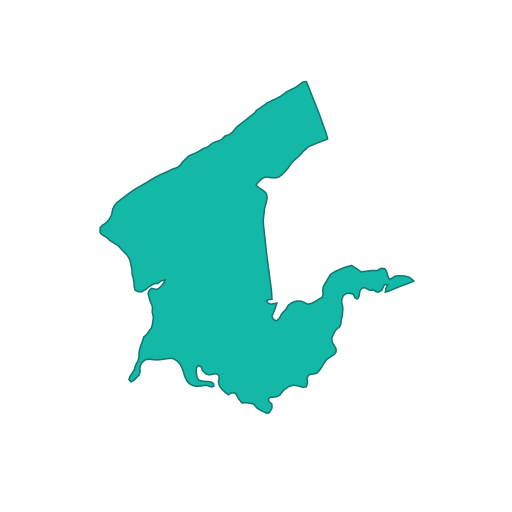 outline of Likoni, Coast, Kenya, rotated 213°
{"feature_id": "3690345B67191049823154", "entity_name": "Likoni", "entity_type": "district", "adm_level": 2, "iso_a3": "KEN", "parent_name": "Kenya", "parent_adm1": "Coast", "projection": "robinson", "projection_center": [39.624, -4.1], "detail": "fine", "context": "isolated", "style": "filled", "palette": "teal", "viewbox_px": 512, "rotation_deg": 213, "n_neighbors": 0, "source": "geoboundaries", "source_scale": "gbopen_adm2", "svg_char_len": 5068}
<svg xmlns="http://www.w3.org/2000/svg" viewBox="0 0 512 512"><g transform="rotate(213 256 256)"><path d="M308.8,429.7L311.3,427.6L312.6,424.3L314.1,420.2L316.1,416.6L317.7,413.9L319.9,410.1L320.9,407.1L321.8,404.5L323.4,401.5L325.2,398.2L327.2,395.5L328.3,393.1L330.1,390.6L330.9,387.7L332.2,385.1L333.5,381.5L334.9,378.6L335.1,375.2L336.3,371.6L337.4,368.4L338.3,365.6L339.6,362.1L341.4,356.8L342.4,353.6L342.8,350.9L343.2,347.1L344.7,343.0L347.4,339.7L347.9,336.8L348.6,334.2L350.4,331.8L352.0,329.9L353.5,327.8L354.7,324.9L355.6,321.8L357.2,319.2L359.0,316.9L360.2,314.2L361.5,311.6L363.5,308.3L365.6,305.4L366.9,303.1L367.8,299.3L368.9,294.7L368.9,290.9L370.3,287.2L373.1,283.8L375.8,279.4L377.8,276.2L379.5,273.7L381.1,271.2L382.7,268.4L383.9,266.2L385.0,263.9L386.1,261.7L387.2,259.3L389.2,255.3L390.9,251.9L392.4,249.2L393.7,246.4L395.0,243.4L396.5,239.9L397.9,235.9L399.2,232.5L400.3,229.2L401.8,224.7L402.1,221.1L401.8,217.5L400.5,214.4L399.3,210.8L399.1,206.9L399.6,203.4L400.5,200.5L401.6,198.2L402.1,194.8L399.8,191.0L397.5,190.1L394.7,190.0L391.9,190.2L389.4,190.0L387.0,189.4L382.8,189.5L377.3,189.6L373.2,188.5L368.7,187.4L365.4,186.8L362.6,185.6L360.1,184.3L357.2,181.7L354.3,178.6L352.1,176.5L350.5,173.8L348.4,171.8L346.4,170.1L343.9,167.2L341.6,164.1L338.6,161.4L335.6,162.0L332.6,163.3L330.4,167.6L329.0,171.7L327.5,175.2L326.0,177.6L323.3,179.5L322.3,183.1L319.1,186.4L318.7,183.0L319.0,179.8L319.6,176.7L321.1,173.8L323.9,172.7L326.1,172.0L326.8,168.9L326.0,165.7L323.5,163.4L320.9,161.0L317.8,158.9L315.2,157.0L313.8,154.7L312.6,152.5L310.5,150.5L308.6,148.5L307.0,145.2L305.7,142.4L304.6,138.8L304.9,134.6L305.0,130.6L306.0,126.9L305.0,123.4L304.1,119.2L302.9,114.7L301.4,111.1L299.2,107.7L297.9,103.9L297.7,100.6L297.2,97.5L296.1,94.2L296.0,90.3L296.2,86.5L295.3,83.2L292.3,82.3L290.6,85.5L290.0,88.4L289.2,92.6L290.2,95.8L292.1,98.3L293.4,101.3L293.5,104.8L292.3,108.7L289.4,111.3L287.1,112.4L284.5,113.7L282.0,115.3L279.9,116.8L277.9,118.6L276.0,120.3L274.0,122.0L271.9,123.6L269.5,124.8L267.0,125.0L264.1,124.9L261.0,124.0L257.8,122.3L254.3,119.8L251.9,117.6L249.2,115.5L245.5,113.4L242.5,112.6L238.9,112.9L235.5,113.9L233.0,115.7L230.8,117.5L228.9,119.3L226.7,120.7L224.2,121.4L222.0,121.9L220.4,123.7L222.0,125.8L224.7,126.0L227.1,125.0L229.9,123.4L233.3,121.7L236.6,120.7L239.5,122.3L242.0,125.1L243.6,127.1L245.1,129.8L244.6,133.0L241.2,133.0L238.4,130.6L235.6,130.2L233.3,129.9L230.4,130.9L228.0,133.2L225.2,135.7L222.0,135.7L220.1,133.0L219.1,130.1L216.3,127.4L212.9,125.9L209.9,125.2L207.0,124.7L203.6,124.6L202.1,127.7L199.2,129.7L195.2,128.2L192.7,126.7L190.3,126.0L187.9,125.0L184.3,127.6L181.0,129.1L178.9,130.1L176.6,130.4L174.3,129.5L171.9,129.0L169.3,129.0L166.9,129.2L164.4,129.6L161.9,129.8L159.8,131.1L159.5,133.7L159.8,137.3L162.1,140.5L165.3,140.9L167.4,142.1L167.5,144.7L165.3,146.5L162.1,149.1L160.3,152.2L160.1,154.9L159.6,158.8L158.6,161.7L157.0,164.9L154.9,167.4L152.3,169.0L149.6,170.1L147.3,170.8L144.9,171.5L142.6,173.7L143.6,177.4L146.7,181.4L147.1,184.8L145.0,187.2L142.8,189.0L141.0,191.2L140.4,195.4L140.4,199.5L140.6,203.5L140.3,207.9L139.2,210.4L138.2,212.9L136.8,215.9L136.6,219.2L138.5,222.0L141.4,223.3L144.5,224.8L147.5,227.9L148.4,232.3L148.7,235.4L148.6,238.5L147.3,241.8L147.7,245.0L149.8,248.9L150.9,252.8L152.5,255.5L154.1,258.6L156.1,261.2L158.3,263.1L160.4,266.1L161.2,270.2L160.1,273.4L157.1,275.9L153.5,276.8L150.0,274.8L147.4,275.3L147.6,278.3L148.6,280.6L149.7,283.1L149.7,286.6L147.4,288.8L144.4,288.9L141.5,289.4L138.6,291.6L135.5,291.4L133.5,292.6L131.9,295.5L132.3,298.4L132.6,301.8L130.0,303.7L129.3,299.2L127.8,296.1L125.3,299.1L123.5,301.9L117.6,310.4L113.2,316.0L109.9,320.9L112.3,321.4L114.6,321.6L117.0,321.4L119.6,320.5L122.0,319.3L124.1,318.0L126.4,316.5L128.3,314.9L129.7,311.9L131.3,308.9L134.5,311.0L136.5,312.9L138.6,314.5L141.3,315.5L144.5,313.7L146.5,309.7L149.9,307.7L155.1,303.5L159.1,300.0L164.9,300.1L170.6,300.2L172.4,298.2L174.3,296.2L176.4,293.5L178.1,291.0L179.9,288.3L182.1,284.5L183.5,280.9L183.4,276.8L183.2,272.4L182.9,267.1L181.3,263.5L179.3,261.0L177.9,257.6L179.7,254.3L180.9,251.5L182.5,248.6L184.3,245.6L186.8,243.6L189.5,243.4L193.1,242.8L196.8,240.9L198.7,238.9L200.7,236.1L202.1,232.3L201.9,227.2L202.6,223.9L203.0,221.1L202.5,216.7L203.3,212.9L206.8,212.2L209.7,214.0L211.2,221.8L212.8,227.9L214.8,226.0L217.0,223.9L220.0,223.0L222.9,224.2L221.5,226.4L219.0,228.4L223.3,234.3L228.0,239.9L237.8,251.4L247.7,262.9L255.2,272.1L262.8,281.4L265.0,284.1L267.6,287.4L269.5,290.2L271.7,294.6L273.3,297.7L274.9,301.0L275.8,304.1L276.8,307.1L278.0,310.1L280.0,312.9L282.2,314.3L284.7,314.8L287.1,314.9L290.7,314.8L294.5,315.5L294.3,318.8L293.7,321.8L292.9,324.6L290.5,327.8L285.2,330.2L281.6,332.7L279.8,334.9L278.8,337.4L278.1,340.6L277.5,343.5L277.0,346.8L276.9,350.5L276.7,353.9L276.1,356.8L275.3,360.0L274.3,363.4L273.7,366.5L273.4,369.3L272.3,372.9L271.5,376.4L265.5,385.0L259.6,393.2L262.1,395.4L264.5,397.5L272.9,403.9L281.3,410.3L291.4,417.5L301.6,424.7L304.0,426.4L306.1,427.9L308.8,429.7Z" fill="#14b8a6" stroke="#0f766e" stroke-width="1.5"/></g></svg>